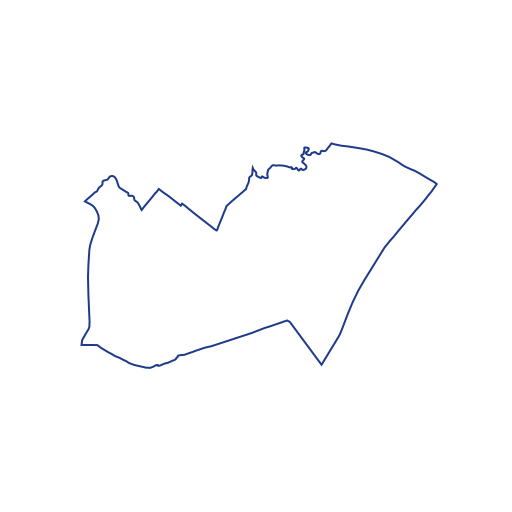 Go Cong Dong, Tiền Giang, Vietnam, rotated 70°
{"feature_id": "81297802B63663693246644", "entity_name": "Go Cong Dong", "entity_type": "district", "adm_level": 2, "iso_a3": "VNM", "parent_name": "Vietnam", "parent_adm1": "Tiền Giang", "projection": "orthographic", "projection_center": [106.706, 10.378], "detail": "fine", "context": "isolated", "style": "outline", "palette": "blue", "viewbox_px": 512, "rotation_deg": 70, "n_neighbors": 0, "source": "geoboundaries", "source_scale": "gbopen_adm2", "svg_char_len": 6052}
<svg xmlns="http://www.w3.org/2000/svg" viewBox="0 0 512 512"><g transform="rotate(70 256 256)"><path d="M176.0,146.6L177.1,148.2L178.1,149.8L178.8,151.0L180.6,153.8L180.9,154.5L180.9,155.2L180.8,156.1L180.3,157.0L179.8,157.7L179.6,158.1L179.6,158.6L179.7,159.0L179.9,159.3L180.3,159.6L180.7,159.9L181.0,160.1L181.4,160.4L181.8,161.0L181.9,161.4L181.8,161.7L181.7,162.1L181.5,162.5L181.0,163.1L180.3,163.8L179.8,164.0L178.5,165.1L178.4,165.4L178.5,165.6L178.5,165.8L178.5,166.2L178.4,166.6L178.3,167.1L178.3,167.7L178.3,168.1L178.3,168.5L178.5,168.9L179.3,169.7L179.5,170.0L179.6,170.3L179.6,170.7L179.5,171.1L179.3,171.5L179.0,172.1L178.6,172.7L177.4,173.7L176.9,173.9L176.3,173.9L175.9,173.8L175.7,173.6L175.6,173.2L175.6,172.7L175.6,172.2L175.5,171.8L175.3,171.5L175.0,171.0L174.6,170.7L174.1,170.4L173.7,170.0L173.4,169.8L173.0,169.7L172.6,169.8L172.4,170.0L172.1,170.4L170.9,172.4L170.7,172.9L170.7,173.3L170.9,173.6L171.2,173.8L171.4,173.9L172.3,174.0L172.9,174.2L173.7,174.7L174.1,175.1L174.6,175.5L175.1,175.8L175.8,176.2L176.0,176.2L176.3,176.3L176.5,176.5L176.6,176.8L176.7,177.1L176.7,177.4L176.6,177.6L176.6,178.1L176.7,178.5L176.9,178.9L177.2,179.1L177.4,179.2L178.2,179.1L178.7,178.9L179.1,178.7L179.5,178.4L179.8,178.1L180.7,177.5L181.0,177.5L181.4,177.6L181.6,177.8L182.3,179.2L182.5,179.7L182.8,180.0L183.2,180.3L183.4,180.3L183.7,180.3L184.1,180.2L184.8,179.7L185.6,179.2L186.3,178.9L186.9,178.6L187.8,178.2L188.4,178.0L188.9,178.0L189.4,178.1L189.9,178.3L190.3,178.6L190.8,179.0L191.0,179.4L191.1,179.8L191.3,180.3L191.3,180.9L191.3,181.8L191.3,182.3L191.0,182.8L190.5,183.2L189.5,183.6L189.3,183.9L189.3,184.3L189.4,184.6L189.7,185.0L189.9,185.3L190.1,185.5L190.3,185.8L190.3,186.1L190.3,186.4L190.2,186.7L189.9,186.9L189.1,187.2L187.9,187.4L187.5,187.6L187.1,187.8L186.9,188.0L186.9,188.4L187.1,188.8L187.3,189.1L187.3,189.7L187.3,190.1L187.3,190.6L187.1,191.3L186.7,192.0L186.4,192.4L186.2,192.5L185.9,192.4L185.7,192.1L185.4,192.0L185.2,192.0L184.7,192.4L184.6,193.0L184.2,194.0L183.9,194.4L183.7,194.8L182.5,196.1L181.8,197.2L180.7,199.0L180.0,200.4L179.1,202.3L178.5,204.0L178.1,205.6L177.5,207.0L176.6,208.6L176.5,209.2L176.5,209.6L176.8,210.3L177.2,211.2L177.9,212.2L178.4,213.4L178.8,214.4L179.3,215.2L181.1,216.4L182.5,217.2L183.2,217.5L183.8,217.6L184.4,217.7L184.9,217.7L185.3,217.8L185.8,217.9L186.2,218.1L186.4,218.4L186.6,218.6L186.2,219.5L186.0,220.2L185.6,221.0L185.0,221.6L184.3,222.2L183.7,222.5L183.4,222.8L183.4,223.1L183.4,223.4L183.8,223.8L184.1,224.1L184.4,224.3L184.4,224.5L184.2,225.0L183.7,225.6L181.6,227.5L180.9,228.0L180.4,228.2L179.9,228.1L179.4,227.9L179.0,227.7L178.6,227.5L178.1,227.4L177.7,227.4L176.9,227.5L174.3,228.6L173.5,228.8L172.1,228.9L173.6,229.7L175.8,230.6L178.0,231.6L178.6,232.1L179.0,232.8L179.2,233.2L179.3,233.9L179.3,234.3L179.5,234.6L179.7,235.0L180.0,235.4L180.3,235.7L180.8,236.0L181.8,236.3L182.9,236.9L184.6,238.0L185.2,238.6L186.1,239.5L187.2,240.6L189.1,242.1L189.8,242.5L190.1,243.6L190.5,244.7L191.0,245.8L194.5,255.3L196.3,260.1L198.5,265.4L198.9,266.4L199.1,266.7L201.3,268.5L203.8,270.9L208.4,274.9L212.2,278.4L215.8,281.6L218.2,283.6L218.5,284.0L218.5,284.4L218.3,284.6L217.1,285.5L215.2,286.7L213.0,288.0L206.4,292.2L193.6,300.2L191.3,301.5L189.4,302.7L187.0,304.1L184.7,305.4L181.5,307.5L183.0,309.5L176.2,313.7L169.9,317.6L164.4,321.5L159.8,324.4L161.8,327.5L162.2,328.2L162.2,328.6L162.6,329.3L165.0,333.2L171.6,344.5L173.7,347.7L172.9,347.9L171.1,348.0L168.7,348.3L166.9,348.6L165.3,349.0L164.4,349.4L163.3,350.2L162.4,350.9L161.8,351.0L161.4,351.0L161.0,350.9L160.6,350.9L160.2,350.8L159.3,350.6L158.7,350.6L158.3,350.8L157.8,351.1L157.2,351.7L156.7,352.5L156.6,353.1L156.5,353.7L156.3,354.2L156.1,354.6L155.8,354.9L155.5,355.1L155.3,355.1L154.8,354.9L153.6,354.6L153.2,354.6L152.9,354.7L152.5,355.0L150.6,356.7L149.2,357.7L148.4,358.3L147.1,359.4L146.1,360.2L145.3,360.7L144.5,361.0L143.7,361.2L142.6,361.2L139.2,361.1L137.0,361.1L135.8,361.1L135.1,361.3L133.4,361.9L132.9,362.2L132.3,362.8L131.8,363.4L131.4,364.3L131.4,365.5L131.4,366.2L131.7,366.8L132.0,367.2L132.5,368.0L133.1,368.8L133.3,369.2L133.4,369.6L133.3,371.3L133.1,373.3L133.3,374.3L133.7,374.7L135.6,375.6L136.2,375.9L136.6,376.2L136.8,376.6L137.2,377.5L137.5,378.5L137.9,379.7L138.2,380.3L138.7,380.9L139.1,381.4L139.9,382.3L140.5,382.9L140.8,383.4L141.0,383.9L141.0,384.5L141.1,385.3L141.1,385.6L142.7,389.3L144.3,393.5L144.8,395.0L146.2,398.1L150.6,394.0L153.3,392.0L156.3,390.9L160.1,390.3L163.6,390.2L166.1,390.7L168.1,391.4L171.3,393.5L174.3,396.1L182.7,403.3L189.3,408.3L193.5,410.6L206.7,416.4L218.7,421.2L222.6,422.5L235.8,427.0L241.9,428.9L249.8,431.4L260.9,434.9L264.8,436.5L266.1,437.2L267.4,438.3L269.8,441.3L274.8,447.3L275.7,448.2L278.2,449.5L279.9,450.4L285.4,435.6L289.5,432.9L295.6,428.0L298.6,425.3L301.1,423.3L302.5,422.0L304.6,419.5L308.2,416.2L310.6,413.8L312.7,412.3L313.5,411.5L316.5,408.0L318.3,405.3L322.4,398.9L322.9,398.3L323.3,397.6L323.4,397.1L324.8,394.1L324.9,393.2L324.9,390.6L324.4,387.2L324.5,386.6L324.7,386.0L325.0,385.5L325.6,385.6L325.8,385.3L326.1,383.9L325.8,378.2L326.1,376.8L326.2,375.6L326.1,373.3L325.8,369.8L325.9,368.7L325.8,367.9L325.4,366.5L324.7,365.9L324.5,365.5L324.4,364.9L324.4,364.6L324.1,364.2L323.5,364.0L323.1,363.5L323.1,362.7L323.5,359.7L323.8,359.0L324.1,358.6L324.2,357.8L324.4,355.9L324.4,353.1L324.4,350.9L324.5,348.3L324.4,345.3L324.7,334.4L325.0,333.4L325.1,331.5L325.4,330.0L325.5,328.9L326.9,286.2L326.6,272.5L326.9,267.1L327.2,248.9L329.4,246.8L380.6,231.6L360.0,205.9L358.3,204.0L354.6,200.6L342.0,189.7L332.5,181.0L323.3,171.5L316.0,162.8L292.0,132.3L286.9,123.8L285.3,120.7L281.8,114.8L278.7,109.5L277.3,107.1L277.1,106.6L275.9,104.7L272.4,98.5L270.4,94.9L267.8,90.5L264.7,84.5L260.5,77.3L257.8,73.1L255.6,69.3L250.2,61.6L247.8,63.0L242.0,67.9L234.3,74.1L230.3,77.6L226.5,81.8L223.2,85.1L220.1,87.7L216.9,89.9L208.7,96.7L203.9,102.0L202.6,103.6L198.1,109.4L193.7,115.8L190.9,120.6L188.3,125.2L186.0,129.4L184.6,131.9L181.5,138.2L178.5,143.0L177.5,144.6L176.0,146.6Z" fill="none" stroke="#1e3a8a" stroke-width="2"/></g></svg>